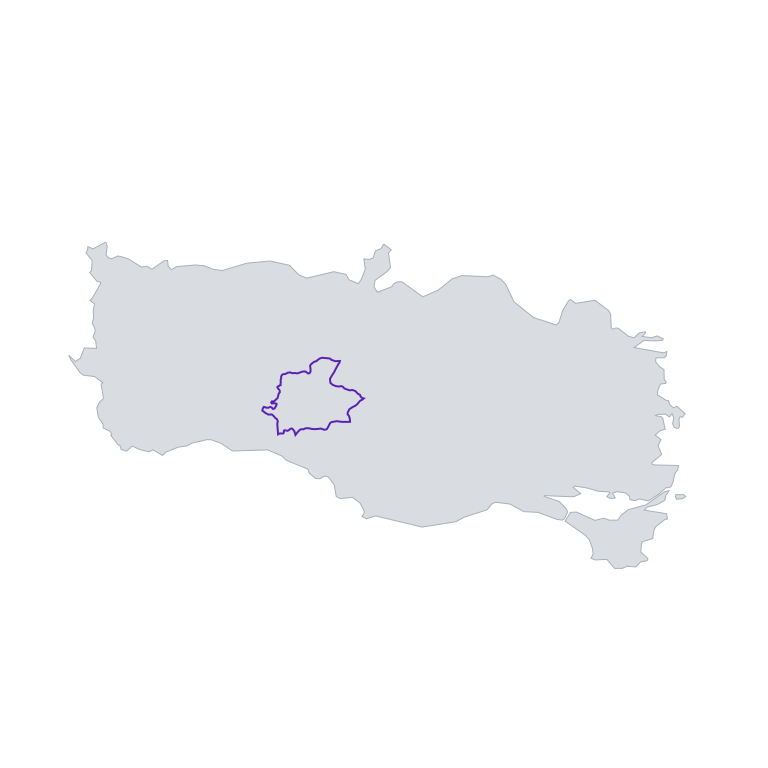 location of Sivas within Turkey, rotated 191°
{"feature_id": "TUR-2295", "entity_name": "Sivas", "entity_type": "Province", "adm_level": 1, "iso_a3": "TUR", "parent_name": "Turkey", "parent_adm1": "", "projection": "equal_earth", "projection_center": [37.51, 39.556], "detail": "fine", "context": "in_parent", "style": "outline", "palette": "violet", "viewbox_px": 768, "rotation_deg": 191, "n_neighbors": 0, "source": "natural_earth", "source_scale": "10m", "svg_char_len": 5752}
<svg xmlns="http://www.w3.org/2000/svg" viewBox="0 0 768 768"><g transform="rotate(191 384 384)"><path d="M587.9,271.6L598.3,275.3L601.6,272.6L610.9,273.0L619.3,275.0L623.7,269.0L629.7,269.7L630.9,272.7L633.7,273.8L642.5,281.5L641.6,282.5L643.8,285.3L651.3,287.2L652.1,291.1L658.1,296.9L661.4,305.9L659.7,312.2L656.6,316.2L661.6,329.8L660.3,331.6L669.5,336.1L680.9,335.3L684.6,337.2L696.1,348.1L699.0,352.2L691.2,347.1L687.0,351.5L685.1,362.2L673.0,364.1L675.1,371.1L678.5,374.3L677.6,380.9L678.5,383.5L682.0,387.8L681.7,393.7L683.3,400.0L683.5,407.5L688.6,409.8L686.5,413.3L681.3,428.6L681.7,429.8L685.5,430.2L694.2,437.3L692.8,439.6L694.0,449.5L701.6,455.9L700.5,459.2L700.9,462.5L695.5,461.0L684.8,469.8L683.6,469.6L682.0,466.5L681.5,457.7L678.8,455.4L675.4,454.9L669.6,458.9L664.2,458.7L658.8,458.0L644.4,452.5L639.2,454.4L633.7,452.3L623.3,463.1L620.0,464.0L618.4,458.6L614.6,455.6L609.9,459.7L591.7,464.9L583.3,465.7L573.0,464.0L564.5,464.5L541.5,476.5L519.3,483.0L499.4,482.5L488.5,474.9L480.0,473.2L454.6,484.7L442.2,484.3L438.0,479.6L428.4,477.6L426.3,482.1L424.3,493.0L427.6,502.9L422.2,503.5L418.8,505.7L417.8,513.2L412.9,516.2L411.2,520.8L410.3,521.0L402.4,517.1L404.6,513.5L399.8,499.6L402.2,495.2L412.6,484.0L412.3,477.4L408.0,472.8L394.8,481.1L393.6,484.3L390.6,486.7L385.8,487.7L362.6,477.0L348.9,486.4L337.1,500.2L328.2,505.3L302.3,509.1L297.7,511.8L288.9,508.9L283.7,505.2L272.1,489.5L249.8,477.7L226.1,474.8L223.9,477.8L222.7,489.9L218.6,501.3L216.6,502.5L211.4,499.7L192.9,506.4L177.4,498.9L174.8,495.7L171.7,482.4L169.5,481.5L166.9,483.3L164.3,483.3L153.3,477.5L147.2,477.2L143.3,482.8L137.3,485.1L137.2,483.5L139.7,479.9L130.2,480.5L125.1,483.3L118.4,481.6L118.9,480.1L124.5,478.3L137.2,476.3L145.5,467.5L115.5,467.9L112.5,469.9L112.3,465.3L114.1,463.2L122.0,461.5L121.7,457.8L117.0,453.7L111.9,451.5L109.9,442.1L107.3,439.7L107.7,438.3L112.7,436.7L114.0,429.7L113.5,425.5L104.0,421.8L101.8,422.1L99.6,418.5L95.6,415.8L92.1,418.0L82.7,412.3L84.6,408.3L87.1,408.4L87.7,405.2L86.0,399.8L86.3,397.1L88.5,396.3L90.9,396.9L93.1,400.0L93.1,406.1L95.6,409.8L97.5,406.1L101.9,408.1L109.9,406.2L111.5,404.7L105.7,404.8L103.7,403.3L99.4,393.3L104.4,390.4L108.1,385.6L101.6,382.3L103.2,375.6L97.9,367.9L106.0,358.0L105.7,356.6L103.3,356.1L79.5,360.2L79.3,355.8L81.3,352.0L81.6,342.6L82.9,337.5L87.4,336.0L93.1,328.5L102.2,319.7L111.3,319.9L115.0,317.5L120.4,317.3L121.8,320.8L126.4,323.2L134.7,322.8L138.8,320.5L135.2,316.2L139.9,314.8L143.7,315.9L141.4,320.6L142.5,321.0L153.3,319.6L164.5,320.7L177.0,320.2L178.6,318.7L170.0,313.9L175.8,309.8L179.0,309.0L205.1,305.1L205.3,304.2L189.5,302.1L181.5,296.5L179.3,293.5L181.2,286.2L183.1,284.4L188.8,284.1L208.2,287.4L222.3,285.4L237.4,290.2L252.0,289.2L255.0,287.1L258.9,280.1L279.8,268.6L287.1,262.6L319.4,250.8L367.1,252.9L375.5,248.3L380.3,249.8L379.0,252.9L379.2,255.7L384.8,262.6L393.3,266.7L405.2,263.2L409.5,264.6L413.6,275.5L420.9,282.1L424.3,282.6L428.9,278.7L433.1,278.2L440.1,282.0L442.6,285.9L465.5,290.5L470.2,293.8L485.7,297.1L520.0,289.3L532.5,294.6L543.1,296.3L547.5,295.5L561.3,289.2L565.6,285.7L574.2,282.6L584.9,275.7L587.9,271.6ZM147.5,252.3L146.3,257.2L148.1,262.6L152.6,270.1L157.3,273.8L180.1,284.0L176.4,293.5L170.6,295.0L150.8,290.4L142.5,294.3L136.8,293.3L128.5,295.0L126.0,300.7L120.0,307.3L103.6,315.5L88.2,331.7L83.8,333.8L86.0,328.3L86.1,323.4L92.8,317.8L102.0,313.5L104.5,309.9L81.9,310.6L80.0,305.6L82.4,304.6L90.1,295.8L91.1,292.3L90.8,283.6L100.0,278.6L100.8,276.6L99.9,268.1L91.6,263.1L92.0,260.7L98.1,258.4L101.8,252.5L110.7,251.4L115.0,248.5L122.6,247.0L131.7,254.4L143.1,251.6L147.5,252.3ZM76.3,331.1L68.7,332.5L66.4,331.2L68.9,328.5L74.9,326.7L76.6,329.3L76.3,331.1Z" fill="#d9dde1" stroke="#a8b0b8" stroke-width="1"/><path d="M472.6,319.7L473.3,319.2L473.4,318.5L473.1,318.0L473.2,316.8L473.5,316.2L474.9,315.9L476.4,315.7L477.5,315.2L478.4,314.4L481.2,324.7L481.1,327.1L482.3,329.0L484.2,329.9L486.2,331.5L488.3,332.7L491.6,331.9L495.1,333.0L498.4,334.7L498.3,336.9L497.6,338.6L496.1,338.5L494.6,338.3L492.9,338.7L491.3,339.8L489.7,339.5L488.2,338.3L486.7,339.2L485.5,342.8L485.8,344.2L488.1,344.1L490.5,343.5L491.2,344.3L490.8,345.5L490.2,345.7L489.5,345.6L488.3,346.3L487.4,347.7L485.8,349.9L485.5,354.5L484.7,356.0L485.1,357.6L486.3,358.8L487.4,359.5L488.1,360.5L487.9,361.2L486.7,362.0L486.3,362.4L486.1,362.8L485.7,363.1L485.3,363.2L485.5,363.7L485.6,364.4L485.6,365.9L486.0,367.1L486.2,368.4L486.1,369.2L486.0,370.0L486.2,370.7L486.4,371.4L486.1,372.9L485.4,374.1L482.8,375.0L480.4,376.8L478.3,377.5L476.0,377.1L474.9,377.4L473.7,377.8L471.1,377.9L469.9,378.5L468.7,379.3L467.5,379.9L466.3,380.7L463.5,381.3L460.7,379.9L459.2,380.3L458.5,382.0L458.8,384.0L459.4,386.0L459.8,386.9L460.0,387.9L459.4,389.5L457.1,392.2L455.7,393.1L454.9,393.4L453.2,395.5L451.5,397.1L449.6,398.0L442.1,398.7L441.2,398.3L440.4,397.7L436.1,397.1L431.7,398.2L431.8,396.4L432.6,394.9L432.8,394.3L433.0,393.5L434.3,389.5L435.2,386.1L435.9,384.4L436.6,382.8L438.0,378.7L436.8,374.8L434.2,373.4L431.4,372.8L428.3,372.8L425.3,373.8L423.6,373.3L422.0,372.0L416.5,371.2L414.0,372.1L410.7,371.6L407.6,369.3L406.5,369.1L405.4,368.7L405.1,368.3L404.7,367.4L404.4,367.0L402.8,366.1L401.1,366.0L402.3,364.5L403.8,363.4L404.9,362.0L405.7,360.3L406.7,358.7L407.9,357.3L410.8,355.0L413.2,352.6L414.2,349.0L414.1,348.0L413.8,347.1L412.6,346.4L411.0,343.6L410.1,340.4L417.9,338.8L423.3,338.5L428.2,336.6L429.3,335.6L429.9,333.9L430.6,331.3L431.5,328.8L432.7,328.1L433.9,327.7L437.7,328.2L438.9,327.7L443.2,326.5L446.3,326.1L449.1,326.2L451.9,325.8L453.1,325.2L454.2,324.3L454.7,324.1L455.2,324.1L456.4,323.8L457.6,323.3L459.5,320.5L461.2,317.1L463.0,320.6L465.6,322.7L466.7,322.5L467.7,321.8L468.7,320.4L469.9,319.6L472.6,319.7Z" fill="none" stroke="#5b21b6" stroke-width="2"/></g></svg>